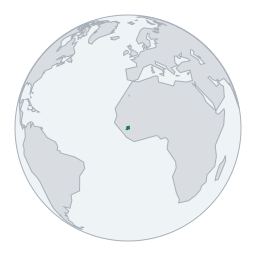 the Earth from above Dinguiraye, rotated 356°
{"feature_id": "GIN-5634", "entity_name": "Dinguiraye", "entity_type": "Prefecture", "adm_level": 1, "iso_a3": "GIN", "parent_name": "Guinea", "parent_adm1": "", "projection": "orthographic", "projection_center": [-10.675, 11.582], "detail": "fine", "context": "on_globe", "style": "filled", "palette": "green", "viewbox_px": 256, "rotation_deg": 356, "n_neighbors": 0, "source": "natural_earth", "source_scale": "10m", "svg_char_len": 8691}
<svg xmlns="http://www.w3.org/2000/svg" viewBox="0 0 256 256"><g transform="rotate(356 128 128)"><circle cx="128" cy="128" r="113" fill="#eef3f6" stroke="#a8b0b8"/><path d="M94.9,20.3L94.6,20.5L85.1,24.9L87.3,24.2L85.2,25.8L86.9,25.7L84.7,26.9L88.0,25.8L89.7,24.8L91.8,24.1L93.0,24.0L90.3,25.4L89.3,25.6L89.2,26.0L87.3,26.8L88.9,26.4L85.5,28.3L90.6,26.4L89.4,28.0L86.6,29.2L84.7,29.1L73.6,32.8L70.2,34.7L67.4,37.2L66.9,41.5L64.1,43.9L62.0,47.0L64.5,45.5L67.1,42.6L71.3,41.0L74.0,38.0L76.1,37.1L79.7,34.3L81.5,34.9L81.3,37.1L78.4,39.5L78.3,40.7L83.0,38.7L79.4,44.0L80.3,49.1L79.1,50.7L73.3,52.6L68.5,51.3L61.0,55.2L68.2,53.0L65.1,57.5L65.6,58.6L67.2,58.7L69.3,57.2L68.7,59.0L61.4,61.5L61.8,59.8L64.1,59.0L61.8,58.6L56.8,60.9L55.6,63.3L49.3,65.2L48.4,67.1L46.5,68.8L48.4,65.6L44.9,71.6L37.3,76.8L32.4,88.1L34.6,78.7L33.8,77.0L32.4,76.3L31.5,78.1L30.9,75.6L28.1,78.4L24.0,86.9L21.8,94.2L22.8,95.7L24.6,92.3L26.2,92.4L21.9,102.2L24.2,105.4L22.2,113.2L22.5,117.8L24.4,117.6L26.1,120.5L28.5,116.4L31.7,114.9L30.7,121.4L33.4,116.0L34.6,119.7L41.7,121.4L40.9,122.7L46.8,132.0L54.8,137.0L56.7,142.1L55.6,144.9L58.7,146.3L58.8,148.2L72.9,153.2L81.4,159.0L81.9,165.6L76.5,172.4L75.3,187.3L66.5,190.8L66.9,196.5L64.5,204.0L58.8,202.2L63.1,206.8L62.1,208.7L59.2,208.1L61.0,210.9L58.9,210.4L61.9,212.7L62.1,215.5L66.2,218.8L67.2,220.9L70.0,222.8L69.1,222.5L69.1,222.8L70.2,223.7L65.9,221.3L60.6,217.2L59.2,215.5L57.9,214.8L54.5,210.2L54.4,210.9L48.1,202.9L45.0,196.5L36.7,176.1L34.2,171.5L29.0,165.0L22.4,147.3L22.9,141.2L22.0,137.7L25.0,129.6L25.0,120.6L24.2,118.9L22.9,121.7L20.8,114.7L21.3,107.6L21.2,92.3L22.0,89.8L25.0,82.4L28.5,75.2L32.5,68.2L37.0,61.6L42.0,55.2L47.4,49.3L53.2,43.8L59.4,38.6L66.0,34.0L72.8,29.8L80.0,26.1L87.3,23.0L94.9,20.3ZM30.7,91.8L33.4,99.2L30.4,98.8L31.3,98.0L30.9,95.2L29.6,92.3L27.4,92.5L30.7,91.8ZM35.2,86.5L34.6,85.7L35.4,86.0L35.2,86.5ZM78.4,34.2L79.0,34.3L78.0,34.8L78.4,34.2ZM79.4,33.1L77.9,33.6L78.1,33.2L79.1,32.8L79.4,33.1ZM81.3,32.6L78.7,32.3L79.2,31.6L83.3,29.8L81.3,32.6ZM89.8,24.5L88.0,25.6L88.4,24.8L89.8,24.5ZM89.5,24.3L87.8,23.5L91.0,22.1L90.9,22.5L94.3,21.0L96.7,20.7L95.4,21.4L92.8,22.3L95.7,21.6L89.5,24.3ZM92.6,23.7L92.0,23.6L94.8,22.4L96.6,22.4L95.1,22.8L92.6,23.7ZM93.9,20.9L96.3,20.1L98.9,19.6L100.2,19.3L97.0,20.6L93.9,20.9ZM95.1,23.0L97.4,22.5L97.2,23.1L93.5,23.8L95.1,23.0ZM94.7,22.1L96.1,21.5L95.9,21.8L94.7,22.1ZM97.7,25.3L96.9,25.0L98.3,24.2L97.7,25.3ZM98.3,22.3L98.3,22.1L98.8,21.8L100.2,21.7L98.3,22.3ZM99.1,20.2L99.7,20.2L100.5,19.6L102.5,19.4L100.0,20.4L102.0,19.8L102.6,19.8L99.9,20.7L99.1,20.2ZM103.0,20.8L100.6,22.2L101.8,22.9L100.6,23.5L98.8,22.3L103.0,20.8ZM101.4,20.6L102.1,20.8L100.3,21.3L98.7,21.6L101.4,20.6ZM104.8,18.9L102.4,19.0L103.0,18.8L104.8,18.9ZM103.8,20.8L104.3,20.5L104.1,20.8L103.8,20.8ZM104.9,19.3L103.9,19.3L104.7,19.1L104.9,19.3ZM106.3,19.9L105.5,20.3L104.3,20.4L106.3,19.9ZM105.9,19.5L107.2,19.2L104.4,20.2L105.4,19.6L105.9,19.5ZM105.7,19.1L105.8,19.0L106.0,19.1L105.7,19.1ZM111.1,19.4L107.9,20.6L105.3,20.8L108.8,19.5L111.1,19.4ZM74.4,225.9L66.8,221.9L70.5,223.9L70.1,223.0L75.1,225.7L74.4,225.9ZM74.3,223.7L75.5,223.4L76.7,224.0L76.1,224.3L74.3,223.7ZM234.6,91.7L236.3,97.4L238.8,108.0L239.5,113.4L235.7,99.8L232.2,90.3L232.0,91.9L227.1,85.2L222.1,87.7L220.4,85.5L219.7,87.2L216.1,85.7L213.0,82.1L211.3,83.1L219.2,92.6L220.9,91.7L220.9,86.8L222.9,90.6L226.2,93.1L226.2,104.1L217.1,116.8L214.5,109.1L198.7,90.1L198.2,87.7L198.0,87.4L197.7,87.0L198.1,91.1L194.8,87.4L205.1,100.8L207.5,107.1L217.0,117.3L216.5,118.8L219.1,120.7L225.1,115.5L225.5,118.2L223.7,131.7L213.8,151.5L214.2,162.5L211.8,172.3L203.5,180.3L202.1,187.4L197.5,190.7L195.8,194.8L190.9,199.7L183.5,204.7L173.3,206.3L174.3,202.8L171.8,196.4L169.0,179.7L173.3,171.2L173.1,164.9L165.5,151.5L167.3,143.2L164.9,140.1L160.0,141.4L157.0,137.7L153.9,137.8L133.3,142.1L126.0,137.3L114.8,121.7L117.8,115.1L116.5,107.7L135.6,81.8L141.6,82.7L158.9,77.9L161.4,78.5L161.6,84.2L176.3,89.3L178.5,84.2L189.6,86.3L195.6,85.1L193.9,74.5L184.0,76.4L180.1,71.8L186.3,66.2L194.6,65.2L193.4,63.5L186.3,60.4L186.4,56.9L183.7,59.2L186.1,60.7L184.5,62.4L182.1,61.1L182.2,59.8L179.2,59.5L179.5,66.4L182.0,68.7L175.2,71.1L178.8,75.3L177.6,77.7L171.1,71.6L170.3,69.2L159.7,63.4L160.0,66.1L169.9,71.9L167.6,71.7L168.0,76.0L165.9,72.5L155.0,66.1L147.6,68.7L141.4,80.0L136.4,81.5L130.8,79.9L129.8,69.2L141.1,67.4L140.9,64.1L135.9,60.0L139.7,59.9L139.1,58.2L143.0,57.5L145.9,52.9L149.6,52.0L148.1,46.9L149.8,46.0L150.2,49.1L152.4,51.1L161.1,49.6L162.0,48.4L160.4,45.3L163.0,45.5L160.3,42.8L164.0,41.1L157.2,41.1L155.1,38.1L155.9,35.6L154.0,34.8L152.6,39.0L153.2,40.8L155.6,42.2L156.1,47.7L153.6,49.0L148.5,43.7L144.5,45.1L142.3,40.8L147.3,31.2L150.8,29.2L161.9,31.5L162.6,33.2L159.0,33.2L164.7,35.7L163.1,34.3L165.3,34.6L163.8,32.3L165.3,32.5L161.3,30.1L163.0,30.1L165.4,31.6L164.6,28.6L167.3,28.3L166.4,27.6L164.7,26.9L169.3,27.2L168.4,26.7L166.6,26.4L163.7,25.3L160.4,23.5L162.2,23.7L163.6,24.3L169.2,26.2L172.8,28.2L173.2,28.2L170.5,26.5L163.6,24.2L161.1,23.1L164.3,23.9L163.0,23.5L162.3,23.1L163.2,22.9L159.7,22.0L149.7,18.1L150.6,17.8L154.6,18.7L150.4,17.6L158.5,19.6L166.5,22.1L174.3,25.3L181.8,29.0L189.0,33.3L195.9,38.1L202.4,43.4L208.4,49.2L214.1,55.4L219.3,62.0L223.9,68.9L228.0,76.2L231.6,83.8L234.6,91.7ZM131.4,94.6L131.5,96.8L131.4,94.6ZM205.2,69.7L209.0,69.0L204.3,63.4L205.4,62.8L203.3,61.2L203.9,63.0L198.5,58.8L199.1,56.7L197.1,54.3L195.7,54.5L195.5,59.2L203.2,65.0L203.6,67.8L205.2,69.7ZM42.0,121.4L42.7,122.9L41.5,122.6L42.0,121.4ZM29.3,101.3L30.2,101.8L30.4,103.0L29.6,103.0L29.3,101.3ZM39.0,104.8L40.5,105.8L38.6,105.9L39.0,104.8ZM34.0,100.2L37.8,104.3L34.3,105.2L32.1,102.8L34.1,102.8L34.0,100.2ZM33.2,89.9L33.6,90.6L33.0,91.7L33.2,89.9ZM35.8,86.7L35.5,86.7L35.6,85.7L35.8,86.7ZM65.6,57.4L66.1,57.3L67.4,57.8L66.1,58.3L65.6,57.4ZM77.0,56.3L75.9,59.2L75.8,57.3L73.8,58.4L71.2,56.1L78.4,51.4L75.6,53.8L77.0,56.3ZM69.7,52.2L70.6,53.9L69.4,52.2L69.7,52.2ZM131.5,50.4L133.7,51.2L133.5,53.2L128.8,55.2L129.1,52.2L131.5,50.4ZM136.9,51.9L133.1,46.6L135.8,45.4L134.9,46.9L137.1,46.7L136.3,49.1L142.6,53.6L142.8,55.7L134.2,57.7L136.9,55.7L134.5,54.9L136.9,51.9ZM118.6,38.1L117.0,36.6L125.0,35.9L125.6,37.4L121.0,39.2L117.6,38.6L118.6,38.1ZM89.0,29.8L87.9,29.9L88.6,29.4L90.2,29.0L89.0,29.8ZM97.2,25.2L94.7,29.3L93.3,29.5L93.5,32.1L89.9,33.7L89.8,31.9L87.2,35.3L85.7,34.3L84.3,36.7L84.6,32.5L83.2,32.0L86.2,31.8L89.6,30.3L90.6,29.5L92.5,27.0L91.1,25.6L94.2,24.2L96.8,23.5L97.6,23.6L95.3,24.5L98.1,24.1L95.4,25.4L97.2,25.2ZM125.5,21.4L122.5,21.5L127.5,22.3L124.9,23.1L125.6,23.1L124.6,24.1L124.6,25.5L123.0,25.8L123.7,26.3L123.0,27.0L123.4,27.8L120.8,28.6L121.1,29.7L119.7,29.5L120.8,31.2L118.8,30.4L117.7,31.5L120.3,31.8L105.2,35.8L100.5,38.7L97.7,41.8L94.5,40.3L95.2,36.7L98.1,32.7L103.1,30.3L100.7,30.2L102.4,29.2L103.6,29.6L102.9,28.3L104.6,27.6L107.1,25.0L105.0,23.8L105.9,23.0L107.6,23.1L107.3,22.2L111.0,21.9L111.7,21.4L116.1,20.7L118.9,21.5L119.5,20.9L122.8,20.6L125.5,21.4ZM112.3,19.3L116.3,19.7L116.7,20.4L108.9,21.3L107.7,21.8L102.7,22.7L102.2,21.7L103.6,21.5L104.9,21.1L104.6,21.6L105.9,20.9L107.9,20.7L109.5,20.2L110.3,20.4L112.3,19.3ZM163.0,76.2L164.7,76.2L167.1,75.7L167.3,78.5L163.0,76.2ZM155.5,71.8L156.8,71.3L158.4,74.7L156.6,74.9L155.5,71.8ZM156.3,68.3L156.8,71.0L155.4,69.6L156.3,68.3ZM151.3,48.6L152.6,48.0L153.2,48.7L153.1,49.9L151.3,48.6ZM140.0,25.1L138.2,24.8L138.2,24.5L135.3,23.2L137.0,22.8L139.5,23.4L140.0,25.1ZM193.0,76.6L192.0,78.9L190.8,78.1L191.4,77.4L193.0,76.6ZM179.6,78.8L183.3,79.5L179.7,79.5L179.6,78.8ZM141.4,24.4L140.0,23.9L141.7,24.0L141.4,24.4ZM138.2,22.4L140.0,22.4L136.9,22.6L138.2,22.4ZM223.2,167.5L214.4,185.5L211.3,186.5L212.4,181.8L216.7,171.2L220.8,167.3L223.3,162.1L223.2,167.5ZM240.0,115.9L240.0,116.1L239.0,108.9L239.5,112.0L240.0,115.9ZM154.3,21.9L156.5,23.9L159.2,25.6L162.5,26.6L158.7,26.3L154.6,23.7L154.3,21.9ZM150.1,18.5L147.2,17.9L147.8,17.8L148.6,18.0L150.1,18.5ZM148.8,18.4L146.5,18.4L144.4,18.0L146.7,18.0L148.8,18.4ZM144.1,20.8L144.6,21.4L143.2,21.2L144.1,20.8Z" fill="#d9dde1" stroke="#a8b0b8" stroke-width="1"/><path d="M127.5,126.7L127.5,126.8L127.7,127.0L127.8,127.0L127.7,127.1L127.8,127.2L127.9,127.3L128.0,127.4L128.1,127.2L128.3,127.1L128.3,126.9L128.5,126.9L128.8,126.7L128.8,126.8L129.0,126.8L129.3,126.9L129.3,127.0L129.5,127.1L129.4,127.1L129.1,127.4L128.9,127.5L129.0,127.7L129.1,127.8L129.2,128.1L129.2,128.4L128.8,128.3L128.7,128.2L128.6,128.3L128.6,128.6L128.6,128.8L128.4,128.8L128.2,128.8L128.1,128.7L127.9,128.8L127.7,129.0L127.3,129.2L127.2,129.3L127.1,129.2L126.6,129.1L126.8,128.9L126.9,128.7L126.9,128.4L127.0,128.3L127.1,128.2L127.1,127.9L127.1,127.7L127.1,127.4L127.0,127.2L127.2,126.9L127.3,126.8L127.4,126.7L127.5,126.7Z" fill="#22c55e" stroke="#15803d" stroke-width="1.5"/></g></svg>